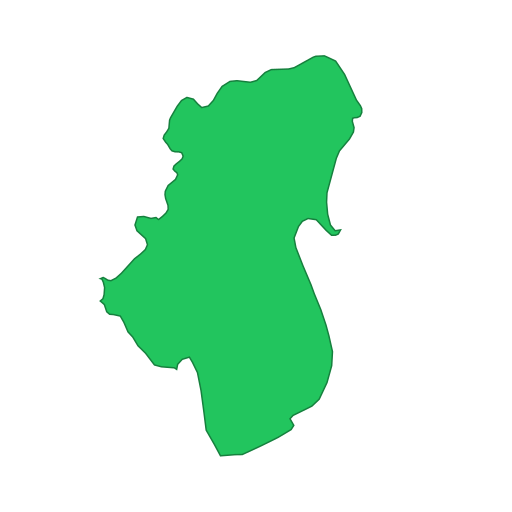 outline of Una-Sana, rotated 64°
{"feature_id": "BIH-2225", "entity_name": "Una-Sana", "entity_type": "Canton", "adm_level": 1, "iso_a3": "BIH", "parent_name": "Bosnia and Herzegovina", "parent_adm1": "", "projection": "robinson", "projection_center": [16.171, 44.785], "detail": "fine", "context": "isolated", "style": "filled", "palette": "green", "viewbox_px": 512, "rotation_deg": 64, "n_neighbors": 0, "source": "natural_earth", "source_scale": "10m", "svg_char_len": 2066}
<svg xmlns="http://www.w3.org/2000/svg" viewBox="0 0 512 512"><g transform="rotate(64 256 256)"><path d="M260.8,175.5L268.0,173.8L269.6,168.6L270.6,170.0L272.3,172.4L272.2,175.3L270.5,179.0L263.7,181.7L249.8,185.9L245.1,192.8L245.1,199.1L248.1,204.9L256.5,213.9L265.9,216.5L285.3,218.1L306.1,219.2L315.4,220.2L332.7,221.3L348.8,223.4L359.8,225.5L375.5,229.2L387.8,236.1L400.9,247.7L412.4,262.0L415.4,271.5L415.5,286.2L415.5,292.6L417.2,296.8L424.8,296.3L427.4,300.5L428.7,315.8L428.8,334.3L428.4,355.4L425.4,361.8L422.5,369.2L420.0,375.5L407.2,376.0L390.7,377.1L373.7,371.3L352.9,364.4L335.1,359.7L323.6,359.7L317.7,360.2L316.5,367.6L319.0,373.9L323.1,377.0L320.7,378.4L314.1,389.6L309.4,395.0L294.9,397.9L285.0,401.4L274.8,402.3L268.2,404.3L257.6,403.8L250.5,404.3L246.2,409.7L244.2,413.1L240.7,414.6L233.2,413.6L230.0,414.9L228.2,415.7L227.3,412.3L224.2,409.5L218.0,405.9L212.6,404.7L209.3,404.6L208.2,405.7L208.3,402.8L210.3,401.3L212.8,399.8L214.6,397.2L214.5,391.5L212.5,384.5L205.2,366.3L203.7,359.1L201.7,352.6L198.3,348.6L192.0,347.6L181.2,351.9L175.1,351.2L169.0,345.4L171.3,339.5L176.2,333.9L177.6,329.0L180.0,327.9L180.5,327.5L179.4,322.6L177.9,318.0L175.6,314.5L172.0,312.9L164.7,312.0L161.0,310.9L158.0,309.1L154.1,304.0L151.9,294.8L148.7,290.8L146.5,290.6L144.0,291.8L141.5,292.4L139.2,290.3L138.2,287.1L137.4,283.3L136.3,279.8L134.3,277.7L130.6,277.5L128.5,279.8L126.9,283.0L124.7,285.4L122.2,286.1L116.9,286.5L114.1,287.3L109.7,287.9L107.1,285.5L105.2,281.7L103.0,278.3L96.0,274.1L94.3,272.2L86.9,261.2L83.6,254.8L83.2,248.6L87.6,243.5L93.7,241.8L98.8,239.7L100.3,233.1L97.5,226.1L92.8,219.5L88.7,212.1L87.7,202.8L88.7,200.1L90.1,196.3L97.4,184.9L98.6,178.4L95.1,167.3L95.2,160.5L102.2,144.8L103.5,139.1L102.4,117.5L102.7,114.7L106.1,106.8L109.1,104.3L115.7,99.0L131.6,96.8L159.9,97.4L166.7,96.3L169.9,96.4L173.4,98.0L176.0,101.2L175.9,104.4L174.8,107.1L174.6,108.8L177.2,110.4L183.6,111.6L187.3,114.1L191.8,120.7L198.1,134.9L203.3,140.9L230.3,164.5L238.6,169.0L249.9,173.3L260.8,175.5Z" fill="#22c55e" stroke="#15803d" stroke-width="1.5"/></g></svg>